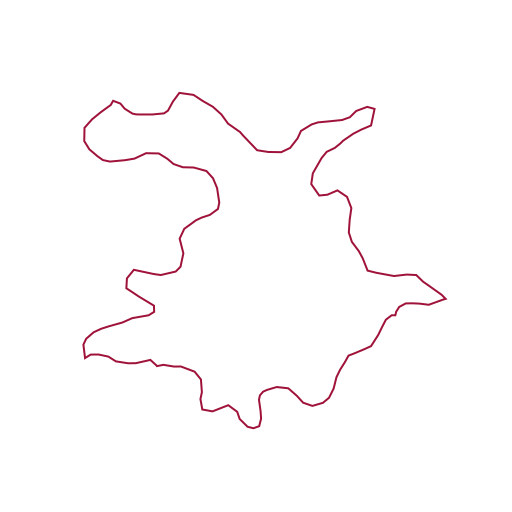 Agdam District, Ağdam, Azerbaijan (Natural Earth projection), rotated 192°
{"feature_id": "54616110B71765796178707", "entity_name": "Agdam District", "entity_type": "district", "adm_level": 2, "iso_a3": "AZE", "parent_name": "Azerbaijan", "parent_adm1": "Ağdam", "projection": "natural_earth1", "projection_center": [47.033, 40.029], "detail": "fine", "context": "isolated", "style": "outline", "palette": "rose", "viewbox_px": 512, "rotation_deg": 192, "n_neighbors": 0, "source": "geoboundaries", "source_scale": "gbopen_adm2", "svg_char_len": 2235}
<svg xmlns="http://www.w3.org/2000/svg" viewBox="0 0 512 512"><g transform="rotate(192 256 256)"><path d="M330.0,127.7L323.9,130.3L313.2,130.8L306.6,132.3L292.0,130.1L284.2,123.8L280.6,111.5L280.6,104.5L276.6,94.7L266.2,95.0L259.4,99.5L252.1,104.3L242.0,99.7L238.1,93.2L228.7,87.2L222.7,87.0L217.5,90.2L217.2,98.0L219.3,105.3L223.2,116.0L223.2,120.5L220.8,124.8L217.4,127.3L208.6,132.1L196.9,133.3L186.9,127.7L179.4,122.3L169.7,121.1L160.0,126.3L155.1,132.5L152.5,142.5L152.1,154.2L150.1,162.2L146.9,170.9L144.8,177.8L140.3,180.7L131.2,187.0L124.7,191.8L120.0,204.3L117.9,212.8L115.7,220.7L111.0,226.2L107.4,227.0L107.3,230.7L105.3,236.0L99.6,240.8L92.3,242.4L86.3,243.4L76.9,244.2L64.2,252.1L61.6,253.5L66.3,256.6L79.6,262.4L87.2,265.6L95.3,270.7L104.6,269.2L116.9,265.1L134.7,264.6L143.8,264.9L151.1,275.9L156.3,282.0L165.2,289.8L170.1,298.3L172.0,311.7L172.0,312.5L172.7,322.7L179.3,332.8L190.0,337.1L198.9,330.8L206.7,328.3L216.9,337.8L217.6,348.7L212.2,365.5L208.5,372.6L201.4,378.1L196.7,383.9L194.9,386.7L193.6,388.1L186.3,395.8L179.2,401.6L170.6,407.6L170.6,415.2L170.6,424.5L171.5,424.6L178.2,425.0L188.1,418.7L193.1,411.2L200.1,406.9L213.5,402.6L223.1,399.6L228.9,396.3L238.0,387.7L239.8,379.7L245.1,368.8L252.9,362.8L265.7,360.3L276.9,359.7L293.9,371.3L297.3,373.9L310.9,379.7L319.2,387.2L329.2,393.0L340.1,396.5L350.6,400.6L364.9,399.6L369.4,389.7L372.3,379.9L375.6,376.4L387.1,372.8L402.5,369.6L406.5,369.6L415.1,372.8L420.3,376.9L428.0,378.1L429.5,373.5L437.7,364.4L444.7,355.7L446.9,351.9L450.4,345.7L447.9,332.7L441.2,325.7L431.9,320.7L425.7,318.0L418.5,318.0L404.3,322.4L395.1,326.0L384.9,333.7L372.4,336.1L363.0,332.7L355.7,328.8L346.0,327.6L335.3,329.6L322.1,328.8L314.2,323.1L308.2,314.4L303.0,300.5L303.0,294.1L309.7,286.6L317.1,282.3L322.1,278.5L331.8,267.7L334.3,257.1L327.6,243.5L327.6,237.2L327.6,229.8L331.3,224.1L345.2,217.6L352.2,217.1L372.6,217.1L377.6,207.3L376.1,197.5L362.2,192.0L345.5,186.2L344.0,180.2L348.7,175.7L364.1,169.5L372.8,163.2L385.0,156.8L392.2,152.7L398.9,147.7L404.9,139.8L406.4,133.4L402.2,121.2L402.0,120.6L401.9,120.7L397.2,125.2L389.5,126.9L379.5,126.9L371.1,123.8L358.6,124.5L351.2,126.2L337.7,132.4L330.3,128.1L330.0,127.7Z" fill="none" stroke="#9f1239" stroke-width="2"/></g></svg>